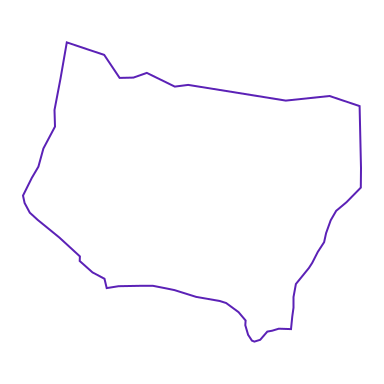 Chibok, Borno, Nigeria (Natural Earth projection)
{"feature_id": "59680162B32856652540007", "entity_name": "Chibok", "entity_type": "district", "adm_level": 2, "iso_a3": "NGA", "parent_name": "Nigeria", "parent_adm1": "Borno", "projection": "natural_earth1", "projection_center": [12.855, 10.837], "detail": "fine", "context": "isolated", "style": "outline", "palette": "violet", "viewbox_px": 384, "rotation_deg": 0, "n_neighbors": 0, "source": "geoboundaries", "source_scale": "gbopen_adm2", "svg_char_len": 868}
<svg xmlns="http://www.w3.org/2000/svg" viewBox="0 0 384 384"><path d="M59.2,237.4L79.9,256.4L79.7,261.0L92.5,272.4L104.5,278.8L106.7,288.1L118.6,286.2L141.0,285.8L145.8,285.8L152.9,285.8L166.7,288.5L174.5,290.1L184.4,293.2L196.2,296.9L219.7,301.0L226.1,303.0L238.5,312.1L245.6,320.5L245.3,325.2L248.1,334.8L250.8,338.9L251.9,340.6L254.4,341.6L260.2,339.8L267.3,331.6L272.2,330.7L278.8,328.7L291.0,329.1L292.3,316.3L293.5,307.7L293.5,297.0L295.9,284.0L308.9,268.0L312.2,262.9L317.8,251.9L324.1,242.2L326.1,233.1L330.7,220.3L336.2,210.8L346.5,202.2L360.8,187.6L361.0,168.2L359.6,106.1L329.5,96.0L285.8,100.6L188.2,84.9L174.8,86.6L146.8,72.9L133.4,77.6L119.6,77.9L104.2,54.9L87.4,49.3L66.8,42.4L60.5,78.6L54.5,110.0L55.0,126.6L43.4,148.5L38.4,166.7L31.8,177.9L23.0,195.6L24.6,203.0L29.8,212.7L37.8,220.0L59.2,237.4Z" fill="none" stroke="#5b21b6" stroke-width="2"/></svg>